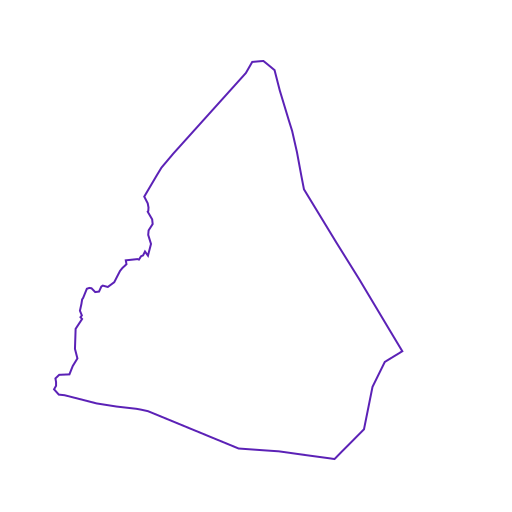 outline of San Agustín Tlacotepec, Oaxaca, Mexico, rotated 104°
{"feature_id": "50627088B32535788787618", "entity_name": "San Agustín Tlacotepec", "entity_type": "district", "adm_level": 2, "iso_a3": "MEX", "parent_name": "Mexico", "parent_adm1": "Oaxaca", "projection": "albers", "projection_center": [-97.514, 17.2], "detail": "fine", "context": "isolated", "style": "outline", "palette": "violet", "viewbox_px": 512, "rotation_deg": 104, "n_neighbors": 0, "source": "geoboundaries", "source_scale": "gbopen_adm2", "svg_char_len": 1284}
<svg xmlns="http://www.w3.org/2000/svg" viewBox="0 0 512 512"><g transform="rotate(104 256 256)"><path d="M398.0,109.3L354.8,111.3L327.6,105.4L313.0,91.0L311.0,93.0L294.9,109.1L253.6,150.2L223.2,181.6L179.7,225.6L166.8,231.6L145.3,241.4L125.9,251.2L116.4,257.0L89.6,273.0L71.1,283.0L70.8,283.7L66.6,292.5L65.0,296.0L66.0,299.1L68.6,306.6L80.9,310.1L176.6,361.0L193.1,369.1L201.8,371.8L225.4,378.8L231.1,373.8L234.4,372.3L234.7,372.1L238.3,371.4L239.2,371.8L245.6,365.6L250.0,364.0L257.1,366.4L261.6,365.7L269.7,360.8L279.7,360.9L281.8,360.9L278.5,364.8L282.7,365.7L284.1,367.5L287.8,368.7L287.7,370.3L291.7,381.3L295.3,379.7L299.9,382.7L303.3,384.3L308.8,385.6L315.7,387.2L321.9,392.3L321.8,397.5L323.1,398.7L328.5,399.7L329.9,403.3L327.1,407.8L327.3,410.0L328.7,412.2L338.6,413.6L340.2,414.2L344.7,413.8L351.7,413.6L355.8,410.6L357.8,411.5L359.2,409.5L370.3,413.4L389.9,409.2L398.6,404.5L407.1,407.2L416.0,408.4L418.9,418.2L423.3,421.0L426.7,419.5L430.3,418.6L434.2,419.7L438.2,413.8L437.4,408.1L437.6,375.0L435.8,354.8L433.2,335.1L432.9,330.4L432.7,323.3L447.0,226.3L442.2,198.9L440.0,186.6L437.2,160.0L434.3,133.8L434.3,133.5L434.0,130.7L432.2,129.6L430.8,128.8L424.8,125.3L423.0,124.2L408.6,115.6L406.9,114.6L398.0,109.3Z" fill="none" stroke="#5b21b6" stroke-width="2"/></g></svg>